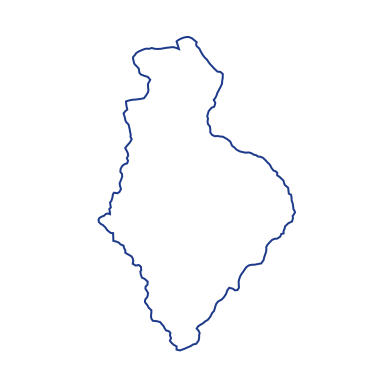 the district of Novo Horizonte do Norte, Mato Grosso, Brazil, rotated 259°
{"feature_id": "56859067B35028865245170", "entity_name": "Novo Horizonte do Norte", "entity_type": "district", "adm_level": 2, "iso_a3": "BRA", "parent_name": "Brazil", "parent_adm1": "Mato Grosso", "projection": "natural_earth1", "projection_center": [-57.299, -11.385], "detail": "fine", "context": "isolated", "style": "outline", "palette": "blue", "viewbox_px": 384, "rotation_deg": 259, "n_neighbors": 0, "source": "geoboundaries", "source_scale": "gbopen_adm2", "svg_char_len": 3925}
<svg xmlns="http://www.w3.org/2000/svg" viewBox="0 0 384 384"><g transform="rotate(259 192 192)"><path d="M130.0,266.9L131.3,270.0L133.8,271.7L133.8,274.0L136.1,274.4L138.5,276.0L140.5,276.8L141.8,278.8L143.0,280.7L144.0,284.6L147.0,286.1L149.2,286.2L150.7,287.8L152.3,289.2L154.2,289.0L155.9,288.3L159.1,288.6L161.9,288.6L164.9,288.2L167.5,288.7L170.4,288.7L171.9,286.7L174.0,286.9L177.8,287.2L179.7,285.7L181.3,284.4L183.3,284.1L185.9,283.9L187.9,282.4L190.2,280.8L192.1,278.8L194.7,279.3L196.2,278.2L197.5,276.1L200.5,274.6L203.1,273.9L204.8,273.1L206.5,271.8L209.2,270.2L212.0,268.2L213.6,265.8L214.3,263.4L215.8,262.1L216.8,259.9L218.9,257.5L220.0,255.2L220.4,252.2L221.1,250.2L222.9,246.4L225.2,243.7L227.4,242.3L229.7,240.2L232.4,239.6L234.1,239.2L236.8,237.0L238.9,234.6L240.4,232.9L241.0,230.5L242.0,228.1L242.4,225.0L244.2,222.6L247.1,221.3L249.7,221.9L252.9,222.1L255.8,220.6L258.2,220.7L260.9,221.7L263.5,221.4L266.0,222.7L268.2,223.8L270.9,227.1L271.5,230.0L273.7,231.4L275.4,231.9L278.2,230.9L280.0,232.9L281.9,234.4L284.6,235.9L286.3,237.4L287.8,238.5L290.0,240.3L292.6,242.1L296.2,243.1L297.9,243.9L300.2,244.3L301.9,244.8L304.4,242.9L305.4,239.8L309.5,237.0L314.9,233.7L317.0,232.8L319.1,231.9L321.5,230.2L323.8,229.0L328.5,227.3L331.4,226.6L334.3,224.4L336.3,224.2L338.2,225.2L340.5,223.3L342.8,221.4L344.8,218.4L345.2,215.6L345.1,213.1L344.6,210.2L343.7,207.3L342.8,205.6L334.8,206.5L336.5,203.9L337.6,201.7L338.0,199.7L338.2,197.0L338.4,194.9L338.5,192.1L338.5,189.1L338.9,186.0L339.6,182.9L341.1,179.9L340.7,177.9L341.5,173.6L341.0,170.5L340.1,166.5L339.0,163.7L337.6,162.4L335.9,160.1L334.3,159.5L332.2,159.7L330.0,159.7L328.3,160.1L326.3,161.5L323.3,163.3L321.3,163.2L319.2,163.1L317.1,164.2L315.3,167.1L313.4,170.6L310.1,172.4L306.5,169.4L303.7,168.9L300.6,168.7L298.3,167.9L295.5,165.3L293.2,162.7L293.2,159.7L293.4,155.4L293.9,151.2L293.9,147.9L293.5,144.5L291.2,144.2L288.2,144.1L285.3,144.2L284.1,142.1L282.3,139.8L278.9,140.2L275.6,140.3L273.4,140.6L270.3,142.6L267.6,142.7L265.3,142.8L262.5,142.7L260.0,142.8L257.9,142.1L255.4,142.9L252.6,140.6L250.3,137.6L247.9,134.8L245.1,135.7L242.3,136.4L239.9,136.3L237.6,134.5L234.9,135.2L232.5,133.8L232.3,131.8L231.6,129.7L230.2,127.9L228.4,126.4L225.5,125.5L223.1,126.7L220.6,126.5L218.0,125.0L214.3,122.6L211.7,122.5L208.5,122.9L206.0,120.9L205.0,118.7L206.2,115.2L204.6,113.8L201.9,112.9L198.7,111.2L197.4,109.6L194.9,109.4L192.4,109.4L191.1,107.6L188.5,107.6L185.9,107.3L187.0,105.3L186.8,103.2L185.5,101.2L185.1,99.0L184.3,96.4L183.0,95.1L180.5,94.8L178.1,96.3L176.7,98.1L173.6,100.3L170.7,101.5L168.9,103.0L167.2,104.6L166.7,106.7L159.0,105.5L157.7,108.4L156.2,110.6L154.2,111.8L152.5,114.5L150.0,114.6L147.6,115.4L145.0,115.0L140.4,120.3L138.3,121.1L135.7,121.3L132.9,120.1L130.5,122.7L130.5,125.8L128.4,127.6L125.1,127.3L123.7,126.1L120.6,126.0L117.5,126.5L115.8,128.9L112.5,131.4L109.5,130.6L108.0,128.4L105.8,127.8L103.3,128.9L101.1,129.6L98.8,128.7L97.1,127.8L96.0,126.2L94.4,125.1L92.6,124.9L89.6,126.5L86.7,127.4L83.6,129.6L80.8,128.9L77.7,128.0L75.4,128.0L73.1,128.9L71.8,133.1L70.3,136.0L67.4,137.5L65.4,138.7L63.7,139.0L61.1,140.1L59.7,142.8L57.7,143.9L55.5,143.0L52.5,143.5L50.2,141.9L47.8,143.1L45.4,145.0L43.4,147.4L40.2,146.8L38.8,149.9L39.5,154.6L40.1,157.1L41.0,161.3L42.1,163.9L42.2,167.2L45.0,170.2L47.9,171.3L49.9,171.6L52.1,172.6L54.9,171.9L57.0,170.5L58.9,172.2L60.3,175.6L61.0,177.7L62.4,180.1L63.5,183.1L65.2,185.2L66.7,186.7L69.3,188.6L71.0,190.9L73.6,192.3L75.7,193.3L77.6,194.5L79.6,196.8L80.8,200.7L82.8,203.4L85.3,205.9L88.6,207.8L90.9,210.3L89.3,213.6L87.3,215.4L87.1,217.9L89.0,219.8L95.3,220.7L98.0,222.0L100.3,223.4L102.0,224.9L104.4,227.5L105.9,228.9L107.9,231.0L109.1,233.7L109.2,237.0L108.7,239.2L108.7,243.3L108.7,246.3L111.4,249.2L114.3,250.5L116.7,251.9L119.1,253.3L121.8,254.1L123.7,254.3L125.5,255.7L127.2,257.8L129.6,261.3L130.3,263.9L130.0,266.9Z" fill="none" stroke="#1e3a8a" stroke-width="2"/></g></svg>